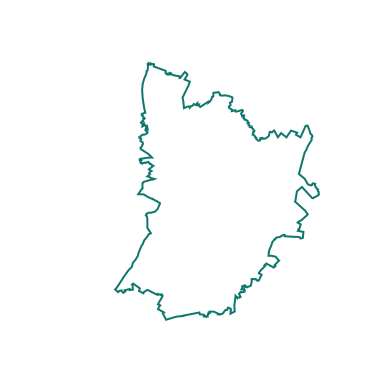 Dolores Hidalgo Cuna de la Independencia Nacional, Guanajuato, Mexico, rotated 129°
{"feature_id": "50627088B75403273518894", "entity_name": "Dolores Hidalgo Cuna de la Independencia Nacional", "entity_type": "district", "adm_level": 2, "iso_a3": "MEX", "parent_name": "Mexico", "parent_adm1": "Guanajuato", "projection": "mercator", "projection_center": [-100.949, 21.105], "detail": "fine", "context": "isolated", "style": "outline", "palette": "teal", "viewbox_px": 384, "rotation_deg": 129, "n_neighbors": 0, "source": "geoboundaries", "source_scale": "gbopen_adm2", "svg_char_len": 6008}
<svg xmlns="http://www.w3.org/2000/svg" viewBox="0 0 384 384"><g transform="rotate(129 192 192)"><path d="M67.7,143.9L69.1,145.3L81.2,142.1L82.1,147.3L79.7,147.6L82.0,153.7L90.1,153.0L90.1,159.8L95.4,159.7L92.5,166.9L95.5,167.5L96.1,169.3L97.2,169.1L99.8,167.6L101.1,167.7L103.9,168.4L105.9,170.2L106.4,171.4L105.9,171.6L107.1,172.8L107.8,172.5L108.1,171.9L108.6,172.0L109.3,171.7L110.4,172.8L110.3,175.6L109.6,175.8L109.8,176.9L109.3,177.3L109.4,178.1L108.7,179.1L109.3,180.9L107.4,181.8L106.6,181.7L106.3,182.4L105.4,182.2L105.5,182.5L104.6,183.8L104.6,185.1L103.9,186.3L104.3,186.2L105.2,188.1L104.0,189.0L104.4,190.4L102.6,191.2L103.2,192.2L102.7,192.2L101.9,193.0L101.8,194.8L102.3,195.1L102.1,196.1L102.7,197.0L101.9,198.0L102.1,198.5L99.7,199.6L100.0,200.3L101.6,200.7L100.1,203.3L97.5,203.2L96.8,203.6L96.6,204.6L101.0,207.6L102.1,208.7L101.7,209.8L101.4,209.9L104.0,211.9L102.9,212.4L103.3,216.2L102.4,217.1L100.5,216.6L99.9,217.0L98.7,218.7L96.8,217.7L93.1,220.0L93.9,223.1L95.9,226.9L97.9,229.0L99.3,231.1L99.0,231.6L98.5,231.7L97.6,234.0L101.4,237.8L104.1,235.7L104.9,235.8L105.3,236.3L106.4,235.7L109.8,235.0L111.6,235.3L110.9,235.6L111.0,236.0L120.7,239.1L120.3,240.8L121.2,242.3L119.9,242.1L120.5,242.9L120.2,242.8L119.7,243.4L120.2,243.7L120.0,243.8L122.0,244.1L122.5,245.4L123.1,245.7L123.0,246.0L123.9,245.8L124.9,246.0L125.6,246.7L128.0,246.8L127.8,247.1L126.8,247.2L127.5,248.3L128.7,249.4L131.9,251.0L127.0,255.8L124.6,258.7L111.1,261.9L107.6,263.2L109.3,268.6L104.0,269.3L103.3,269.9L103.3,273.1L110.7,273.0L111.2,273.4L109.9,274.2L110.1,274.8L112.7,279.4L113.5,282.0L114.9,283.6L113.1,283.3L113.4,284.5L115.5,284.5L115.4,285.2L117.1,285.4L115.9,285.8L116.3,287.3L114.4,288.6L118.5,300.7L116.7,301.8L116.6,302.5L117.9,303.4L118.0,304.6L118.6,304.2L119.5,304.7L119.0,306.9L120.6,307.0L121.3,305.8L125.5,303.0L126.5,303.4L128.6,302.0L134.2,300.4L139.1,298.3L144.2,294.9L150.6,288.9L157.7,281.0L159.7,278.2L162.7,280.0L163.6,279.9L164.0,278.6L163.7,278.3L164.0,278.0L164.6,275.1L165.3,275.2L165.6,275.6L165.7,275.2L166.7,275.3L167.6,274.6L168.4,275.3L170.3,275.3L170.4,273.8L169.4,273.1L170.5,273.0L172.3,271.8L171.4,271.5L171.2,272.0L170.3,272.0L169.6,271.5L170.3,271.1L170.2,270.4L169.3,269.4L169.7,268.5L169.1,268.4L170.3,266.9L170.1,268.5L171.0,268.1L170.5,267.6L171.5,266.3L172.3,267.6L172.9,267.5L173.5,267.9L173.0,267.1L173.6,266.4L173.3,265.1L173.8,264.6L173.6,264.1L173.9,263.9L175.3,264.0L176.5,264.5L177.7,265.4L178.7,266.6L181.1,267.1L181.4,266.8L182.2,267.0L182.2,266.6L182.6,267.4L182.9,267.1L182.5,266.8L182.5,266.3L183.0,266.2L183.2,265.6L182.9,264.8L184.8,264.1L184.4,261.8L185.5,260.3L186.7,260.3L187.5,259.7L189.4,259.8L189.3,259.6L190.9,259.0L189.9,249.7L190.4,244.8L192.8,247.6L199.1,253.3L200.0,253.0L200.2,252.5L199.3,252.7L199.6,251.8L198.9,251.6L199.0,251.2L200.7,251.7L201.1,250.8L201.0,249.9L201.7,250.0L201.7,249.8L201.4,248.6L199.2,247.6L198.7,246.3L197.2,245.9L196.8,245.2L196.2,245.0L196.2,242.9L196.6,242.9L196.7,242.4L196.4,242.2L196.2,241.6L196.2,239.7L196.6,239.7L196.7,239.3L196.3,238.6L201.5,239.8L201.2,236.6L203.3,237.5L204.5,237.1L204.5,235.9L208.0,236.5L207.1,234.7L206.9,232.3L205.5,229.4L207.0,230.2L208.0,231.4L214.7,236.0L216.7,235.8L220.5,232.6L221.3,232.9L227.6,232.4L224.3,228.1L223.6,223.0L222.6,219.2L222.0,218.3L222.3,217.6L221.7,216.4L221.8,215.0L221.1,213.0L221.2,211.5L220.7,210.2L221.2,209.6L226.9,208.0L230.5,208.4L233.7,210.6L235.2,212.5L237.8,213.7L238.4,213.0L239.2,213.2L239.5,211.8L240.4,210.3L248.1,203.9L249.9,198.0L252.2,199.1L254.2,198.7L259.8,198.7L263.8,197.4L265.2,197.5L273.0,195.2L275.8,193.9L280.0,193.3L284.2,193.3L288.2,191.6L292.9,192.1L299.7,191.7L312.8,190.3L316.1,190.4L316.2,187.6L316.0,187.3L316.3,186.4L314.4,186.1L312.9,184.9L313.2,184.6L313.6,181.9L311.3,181.3L310.8,182.5L306.7,179.4L307.4,178.7L305.1,176.5L301.4,179.9L301.5,180.3L300.2,180.1L299.7,171.9L302.3,170.9L301.3,166.0L300.0,166.4L296.1,165.0L294.0,155.3L293.6,155.1L293.6,154.2L292.5,154.2L292.5,153.2L292.2,153.1L291.7,151.4L290.7,151.4L290.6,151.0L291.4,150.9L291.3,149.4L300.7,147.8L300.1,145.3L302.2,145.4L304.4,144.7L303.2,137.9L304.7,138.3L307.6,131.8L298.7,125.7L293.9,120.8L293.7,121.1L281.0,110.4L282.2,109.0L280.2,106.1L280.0,105.2L280.7,104.9L280.5,104.6L281.1,104.1L280.1,102.5L279.6,102.8L278.9,101.5L277.0,102.6L275.9,102.3L276.2,102.9L275.4,103.2L274.8,102.2L274.1,102.7L274.3,103.1L274.0,103.2L271.2,99.7L270.2,95.7L270.9,95.0L269.6,93.9L269.2,93.4L269.5,93.1L267.0,91.6L262.8,91.8L261.5,90.4L259.5,91.4L259.2,91.1L258.7,90.2L258.5,88.2L259.1,88.1L259.6,87.1L260.6,86.8L262.3,85.5L258.0,83.6L253.8,87.5L245.3,92.8L245.9,90.2L245.2,90.5L244.4,88.7L242.9,88.3L241.6,91.4L238.8,91.2L238.8,90.4L236.6,88.4L235.0,89.3L235.1,89.9L234.6,90.5L235.6,90.6L236.4,92.3L235.7,92.3L233.8,93.5L233.7,92.9L232.4,93.0L231.6,92.4L231.8,92.2L231.3,92.1L231.3,90.9L231.9,90.7L232.0,90.2L231.6,89.3L230.4,88.9L229.2,87.9L227.6,87.4L223.7,89.4L222.4,90.9L221.9,90.7L221.1,89.9L220.4,88.2L219.5,87.8L219.9,85.5L219.2,85.2L218.8,84.4L212.5,85.8L213.1,88.9L212.8,89.1L209.8,89.3L203.4,88.6L203.5,89.6L200.8,89.2L199.3,80.9L197.0,80.6L196.9,81.8L190.5,81.2L190.6,82.1L189.6,86.1L191.3,89.7L193.4,92.4L189.9,94.8L187.3,95.8L184.0,96.6L180.5,98.0L176.8,98.0L176.3,97.5L175.7,97.7L175.8,97.9L173.9,97.5L171.8,95.4L169.8,94.9L167.3,93.6L167.0,92.9L168.0,92.2L167.9,91.9L161.9,83.5L160.2,81.5L159.4,79.8L159.9,78.9L159.5,78.0L157.8,77.0L152.9,80.3L155.4,85.0L154.6,84.9L154.6,85.5L154.1,85.8L153.9,85.1L148.7,87.1L149.3,90.7L148.4,90.6L145.0,89.2L136.7,87.9L136.1,88.9L135.9,90.8L135.3,91.9L134.6,105.9L133.2,106.4L125.5,110.9L118.9,109.7L121.1,94.6L120.5,94.0L115.3,91.9L114.0,91.9L113.7,92.6L113.1,92.8L112.2,93.6L112.0,95.0L111.3,95.6L110.8,95.6L110.9,96.7L110.4,97.9L110.6,98.7L109.1,101.0L108.2,101.4L109.1,103.5L109.9,103.6L111.1,103.1L111.9,103.5L113.1,106.8L110.8,112.7L110.7,120.3L90.4,129.3L88.4,129.5L82.7,131.0L76.1,131.8L74.7,133.2L73.3,133.1L72.3,134.4L72.0,137.2L71.1,137.9L67.7,143.9Z" fill="none" stroke="#0f766e" stroke-width="2"/></g></svg>